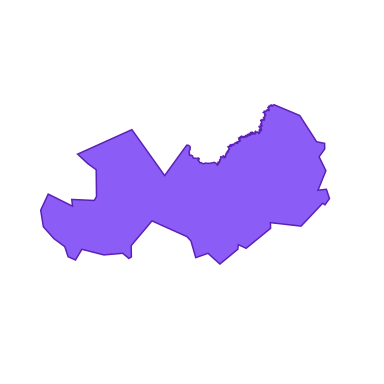 Akobo, Jonglei, South Sudan, rotated 306°
{"feature_id": "79223893B55602707979350", "entity_name": "Akobo", "entity_type": "district", "adm_level": 2, "iso_a3": "SSD", "parent_name": "South Sudan", "parent_adm1": "Jonglei", "projection": "orthographic", "projection_center": [33.191, 7.816], "detail": "fine", "context": "isolated", "style": "filled", "palette": "violet", "viewbox_px": 384, "rotation_deg": 306, "n_neighbors": 0, "source": "geoboundaries", "source_scale": "gbopen_adm2", "svg_char_len": 6049}
<svg xmlns="http://www.w3.org/2000/svg" viewBox="0 0 384 384"><g transform="rotate(306 192 192)"><path d="M259.8,307.1L267.5,307.1L273.2,299.1L267.5,292.9L287.9,287.8L295.2,274.1L304.8,274.1L309.3,270.7L305.9,263.3L317.2,234.2L310.7,206.5L310.7,206.9L310.1,206.8L309.5,206.9L309.1,206.7L309.0,206.3L309.3,206.0L309.0,205.6L308.5,205.8L308.4,205.5L308.8,205.0L308.4,204.9L308.3,204.6L308.1,204.4L307.9,204.5L307.5,204.7L307.1,204.6L306.7,204.3L306.7,203.9L306.3,204.0L306.1,204.4L305.6,204.3L305.6,203.9L305.1,203.7L304.9,204.1L305.1,204.7L304.8,205.0L304.3,205.2L304.0,204.9L303.7,204.9L303.8,206.0L303.6,206.4L303.0,206.2L302.7,205.7L302.6,205.3L302.6,204.9L302.2,204.4L301.8,204.1L301.4,204.3L300.9,204.6L300.6,204.4L300.3,204.0L300.0,203.5L299.9,203.1L299.5,203.3L298.3,202.9L298.3,203.4L298.8,203.8L298.7,204.2L298.2,204.5L297.9,205.3L297.4,205.3L297.4,206.0L297.4,206.4L296.7,206.5L296.5,206.1L295.1,206.4L294.3,206.1L294.0,206.4L294.3,206.9L294.3,207.4L293.8,207.7L293.4,207.8L293.1,207.5L292.7,207.5L292.5,207.9L292.2,207.5L291.9,207.2L291.9,206.1L291.5,206.0L290.9,206.2L290.8,206.6L290.5,206.6L290.5,206.0L290.3,205.5L289.9,205.8L290.1,206.4L290.1,206.8L289.4,207.4L288.8,207.8L287.8,207.5L287.3,207.6L287.4,208.2L286.9,208.5L287.3,208.9L287.1,209.2L286.9,209.6L286.8,209.8L286.3,209.6L286.0,209.6L285.9,209.5L285.9,209.1L286.0,208.8L285.2,208.7L285.0,208.2L284.5,208.2L284.4,208.1L284.6,208.0L284.6,207.8L284.4,207.8L284.2,208.4L284.1,208.8L284.0,209.2L283.8,209.5L283.7,210.0L283.4,210.0L283.7,210.3L283.9,210.3L284.2,210.4L284.0,210.6L283.4,210.5L283.0,210.4L282.7,210.2L282.4,210.1L282.4,210.4L282.6,210.7L283.0,211.0L283.2,211.3L282.9,211.7L282.7,212.0L282.4,211.9L282.3,211.6L282.5,211.2L282.1,211.0L281.9,210.7L281.7,210.6L281.3,211.1L280.9,211.2L280.7,211.1L280.7,210.9L280.6,211.0L280.7,211.3L280.5,211.6L280.3,211.6L280.2,211.3L279.9,211.1L279.5,211.1L279.4,211.5L279.7,211.9L279.5,212.0L279.1,211.8L278.8,211.7L278.6,211.6L278.8,211.3L279.1,210.9L279.1,210.7L279.0,210.3L278.7,209.9L278.9,209.7L278.6,209.2L278.2,209.1L278.1,208.8L278.3,208.4L278.4,207.7L278.0,207.6L277.8,207.9L277.7,208.1L277.8,208.6L276.8,208.6L276.5,208.0L276.2,208.1L276.2,208.7L275.9,208.8L275.8,208.1L276.0,207.8L276.1,207.4L276.0,207.2L275.8,206.9L275.6,207.0L275.4,207.2L275.6,206.6L275.8,206.3L275.8,206.0L275.7,205.8L275.8,205.6L275.6,205.4L274.5,205.8L274.5,206.3L274.8,206.6L275.0,206.7L275.1,206.8L274.9,207.0L274.5,207.1L274.3,207.0L273.7,206.1L273.7,205.8L274.1,205.5L274.3,205.2L274.6,205.0L274.7,204.8L274.7,204.5L274.5,204.4L274.0,204.4L273.5,204.7L273.1,205.0L272.7,205.2L272.6,205.6L272.4,205.7L272.2,205.4L272.2,205.1L271.7,205.1L271.7,204.8L271.7,204.6L272.4,204.6L272.6,204.3L272.2,203.8L271.8,203.6L271.7,203.8L271.5,204.3L271.0,204.6L270.7,204.4L270.7,204.0L270.9,203.5L270.9,203.2L270.4,203.1L269.7,203.8L269.2,203.8L269.5,203.5L269.3,202.9L269.3,202.4L269.0,202.4L268.8,202.8L268.5,202.7L268.6,202.2L268.0,202.2L267.7,202.0L267.5,201.6L267.3,201.5L267.2,202.3L266.9,202.1L266.4,201.5L266.6,201.2L267.0,201.1L267.0,200.8L266.7,200.5L265.9,200.1L265.9,199.9L265.5,200.2L265.4,199.9L265.6,199.6L266.1,199.2L265.4,198.8L264.9,198.8L264.8,199.0L264.9,199.4L264.7,199.4L264.3,199.3L264.0,198.5L263.4,198.5L263.1,198.1L262.9,198.5L263.1,198.9L263.0,199.4L262.1,199.1L262.0,199.4L262.1,199.9L261.6,199.9L261.4,200.0L261.5,200.3L261.6,200.9L261.1,200.8L260.8,200.5L260.4,200.1L260.0,200.0L259.8,199.7L259.3,199.6L259.1,200.0L258.7,200.2L258.5,199.7L258.7,199.4L259.1,199.3L259.0,199.0L258.4,198.9L258.1,199.2L258.1,199.6L257.8,199.8L257.6,199.5L257.6,199.1L257.5,198.5L256.9,198.0L256.3,198.0L255.5,197.8L255.0,198.0L254.6,198.1L254.4,197.8L254.5,197.0L254.1,196.8L253.7,196.6L253.4,197.1L253.0,197.1L252.6,196.7L252.5,196.3L252.6,195.9L253.0,195.5L252.7,195.3L252.3,195.4L252.0,195.9L251.9,196.6L251.7,196.7L251.3,196.1L251.3,195.8L251.8,195.5L251.8,195.3L251.4,195.2L250.9,195.2L250.3,194.9L249.8,194.5L249.6,194.8L249.6,195.4L249.2,196.0L249.0,196.8L248.5,197.1L248.0,196.9L247.9,196.7L247.6,196.8L247.1,196.9L246.9,197.2L246.3,196.8L245.9,197.0L245.8,197.5L245.6,197.6L245.3,196.9L245.0,196.8L244.0,197.5L243.7,197.4L243.9,197.1L243.5,196.9L243.0,197.0L242.5,197.3L241.7,197.4L241.4,197.7L241.2,198.0L240.8,197.9L240.4,198.2L240.2,198.6L239.6,198.6L238.7,198.0L239.5,197.5L239.6,197.0L239.8,196.3L239.6,196.0L239.3,196.2L238.9,196.3L238.3,196.3L237.7,195.5L237.6,195.2L237.6,194.7L237.3,194.5L236.9,194.7L236.4,195.5L236.1,195.7L235.7,195.8L235.3,195.8L234.7,195.5L234.3,195.6L234.1,195.9L233.4,196.0L233.5,196.3L233.1,196.5L232.5,196.3L232.4,196.6L231.9,196.7L231.6,196.4L231.5,196.0L231.4,195.6L231.1,195.6L230.6,196.3L230.6,196.7L230.4,196.7L230.1,196.6L229.9,196.5L229.4,196.5L229.1,196.8L228.8,196.8L228.7,196.0L228.8,195.8L229.0,195.8L229.3,195.5L229.4,195.2L229.2,194.8L229.2,194.2L229.2,193.0L229.0,192.5L227.8,191.6L227.5,191.2L227.1,191.0L226.1,189.9L225.6,189.6L225.0,188.5L224.3,187.8L223.8,186.8L223.6,186.2L223.3,186.0L222.8,185.5L221.6,184.7L221.3,184.3L221.2,183.9L221.2,182.4L221.0,182.0L220.6,181.7L220.3,181.3L220.6,180.7L220.8,180.2L221.1,179.8L221.2,178.3L221.5,178.1L221.8,178.1L222.4,178.4L222.9,178.4L223.2,178.2L223.3,177.9L223.3,177.5L223.1,177.0L221.8,176.0L221.3,174.6L220.6,174.1L220.3,173.6L220.3,173.1L220.5,172.6L221.0,171.7L221.4,171.4L221.4,170.2L221.2,169.5L221.0,169.1L220.6,168.9L220.3,168.8L220.8,167.6L221.2,167.5L221.8,167.2L222.2,166.8L222.5,166.5L222.6,166.1L223.0,165.8L223.7,165.7L225.1,165.5L225.7,165.2L226.3,164.8L226.6,164.4L226.9,164.4L227.4,163.9L227.7,163.1L227.7,162.3L227.7,161.7L227.1,160.7L226.8,160.2L189.2,160.2L207.1,106.7L155.4,77.2L153.7,91.2L153.7,101.4L132.2,117.4L127.7,117.9L115.3,99.1L110.3,103.7L105.8,76.9L88.3,80.3L76.5,92.2L73.1,107.6L73.0,121.2L66.8,129.8L68.5,137.7L80.9,136.6L89.3,157.7L101.7,172.0L101.1,180.0L103.9,181.1L112.9,174.3L145.1,176.6L152.9,214.2L151.8,219.9L141.1,233.6L151.8,241.0L150.1,256.9L172.6,262.7L176.6,260.4L178.3,268.9L208.8,276.9L213.3,273.5L228.5,300.3L259.6,304.3L259.8,307.1Z" fill="#8b5cf6" stroke="#5b21b6" stroke-width="1.5"/></g></svg>